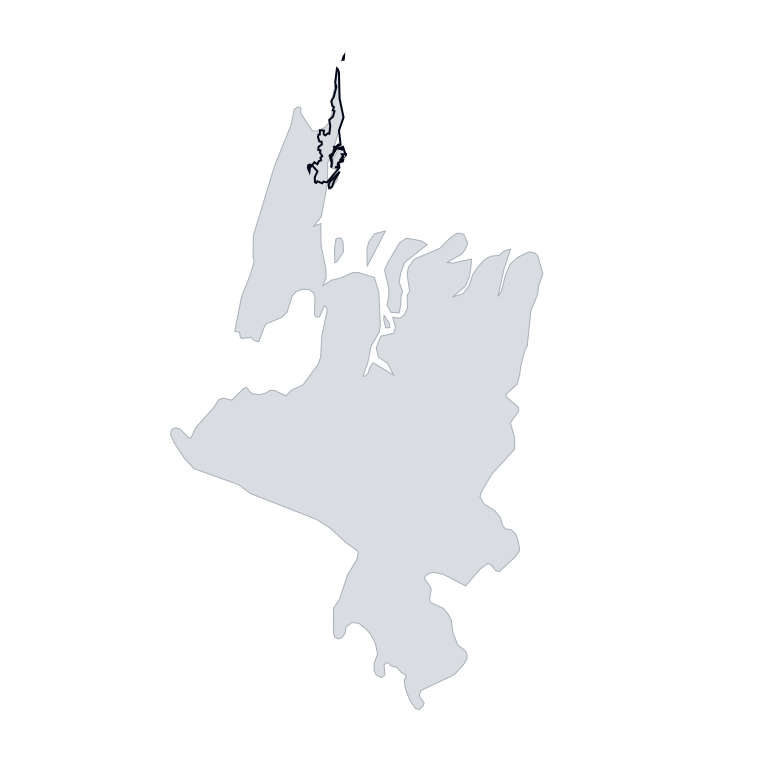 Cox's Bazar, Chittagong, Bangladesh (highlighted), rotated 203°
{"feature_id": "16705992B34517682786426", "entity_name": "Cox's Bazar", "entity_type": "district", "adm_level": 2, "iso_a3": "BGD", "parent_name": "Bangladesh", "parent_adm1": "Chittagong", "projection": "robinson", "projection_center": [92.099, 21.257], "detail": "medium", "context": "in_parent", "style": "outline", "palette": "ink", "viewbox_px": 768, "rotation_deg": 203, "n_neighbors": 0, "source": "geoboundaries", "source_scale": "gbopen_adm2", "svg_char_len": 5606}
<svg xmlns="http://www.w3.org/2000/svg" viewBox="0 0 768 768"><g transform="rotate(203 384 384)"><path d="M277.5,526.5L277.5,509.1L267.0,474.9L267.5,471.2L265.3,454.7L262.7,445.5L261.4,435.8L267.9,421.8L265.3,419.5L251.1,415.2L249.4,411.6L252.5,397.8L242.3,384.8L238.3,375.1L249.4,343.6L252.3,321.8L251.5,317.5L244.8,312.6L233.0,310.7L224.7,306.6L219.8,300.4L215.7,297.9L210.5,299.7L204.0,297.3L198.6,291.2L194.0,283.7L195.9,275.6L204.6,256.3L207.8,255.7L215.3,259.4L218.1,259.4L223.0,251.8L230.0,230.0L254.0,231.9L259.7,231.2L265.8,229.5L269.0,226.7L270.9,223.2L270.3,220.2L262.9,216.1L260.1,213.1L258.2,204.4L256.0,201.1L241.6,200.6L234.1,196.6L230.0,193.1L222.8,181.2L213.8,172.4L205.2,170.3L201.8,167.5L200.1,163.0L201.2,156.5L205.7,143.9L229.7,116.9L230.3,113.9L229.4,110.4L222.5,106.1L222.1,103.9L224.1,98.2L228.0,97.5L236.2,102.7L244.5,111.0L249.4,118.5L249.5,124.3L256.0,125.5L261.4,128.1L267.0,127.3L270.6,128.8L273.1,128.3L274.0,124.9L269.4,116.4L271.7,112.8L277.2,113.0L281.1,116.2L283.9,122.7L284.4,132.9L290.7,142.1L299.1,148.7L305.7,151.7L313.7,153.9L320.5,151.8L323.9,145.3L322.4,139.6L323.5,134.5L326.3,131.6L330.5,131.8L333.7,135.9L342.9,157.9L340.9,167.7L342.9,194.4L340.4,212.1L341.8,218.8L343.4,220.0L357.4,223.3L377.7,230.4L393.2,233.0L463.5,231.0L478.8,234.5L525.8,231.8L538.5,237.5L552.4,246.6L560.2,253.4L561.6,257.3L560.8,260.7L558.2,262.5L553.4,262.6L542.4,258.1L540.5,259.4L540.3,270.0L531.3,296.6L530.1,304.8L526.9,308.0L517.7,309.7L511.5,325.2L509.0,327.1L502.9,323.7L499.1,324.2L494.3,325.7L489.6,329.2L486.3,333.7L482.6,335.2L469.5,334.9L466.9,342.1L458.3,351.5L452.3,376.4L452.8,384.0L460.0,403.9L465.1,429.7L467.0,432.3L469.5,432.5L469.6,420.7L472.0,419.2L475.1,420.5L481.2,436.4L484.7,440.5L490.2,441.6L496.4,439.2L501.1,434.5L502.9,429.5L501.3,412.1L504.3,405.1L515.0,394.5L516.5,391.3L515.8,373.9L519.9,373.4L525.3,374.7L532.1,370.6L534.2,370.5L537.1,375.0L542.0,374.2L549.2,408.6L549.8,433.0L551.5,446.5L554.1,449.5L562.3,469.8L569.9,541.2L570.8,586.5L574.0,601.9L571.3,605.4L568.7,606.0L566.3,600.6L549.0,589.1L544.8,590.3L538.9,597.0L536.5,603.2L537.5,611.9L539.4,620.5L543.5,625.4L543.9,630.8L548.5,651.2L547.1,651.3L537.7,632.8L526.3,614.5L522.5,581.8L522.3,565.7L514.4,546.7L507.1,513.6L510.3,501.9L504.8,507.0L496.2,487.1L482.7,467.7L478.8,459.1L478.7,450.7L472.8,459.1L464.9,465.0L456.8,473.9L451.4,476.6L434.4,478.3L424.6,466.4L410.6,437.2L408.7,430.6L410.6,413.5L407.3,397.3L406.4,383.0L403.9,384.3L402.9,388.2L403.4,394.2L402.4,399.3L378.7,396.0L388.8,404.5L399.6,406.5L405.2,414.1L405.6,426.8L394.9,434.5L395.8,440.9L402.0,448.8L394.5,451.0L392.4,456.1L392.2,463.4L397.4,474.6L396.5,479.1L405.4,493.7L407.1,500.8L404.9,510.7L385.5,530.8L379.9,545.1L375.1,551.8L369.1,553.0L361.9,546.3L361.8,539.3L363.3,533.8L373.4,520.5L367.9,522.2L352.2,533.3L349.3,524.3L347.3,516.0L347.3,505.9L354.9,490.8L346.4,498.3L344.0,507.8L345.0,518.9L343.8,526.7L340.4,537.0L335.9,543.2L328.5,547.2L325.2,553.3L320.2,557.7L318.5,537.0L313.3,509.1L312.2,515.1L314.8,532.4L314.6,543.7L310.6,552.6L302.4,562.2L296.2,563.5L292.5,562.0L280.9,547.6L280.0,534.0L277.5,526.5ZM420.4,526.9L406.0,530.3L398.7,529.2L412.4,504.1L412.0,492.8L409.9,483.7L402.9,476.3L402.6,471.0L399.5,463.8L397.9,455.4L405.6,452.7L411.9,457.6L414.1,467.1L417.2,474.3L428.0,489.0L427.8,498.0L424.8,520.1L420.4,526.9ZM451.3,518.7L442.5,525.4L445.5,485.7L452.0,500.4L453.6,508.3L451.3,518.7ZM484.9,498.8L481.1,501.7L477.5,499.2L472.9,489.9L475.2,478.1L476.6,476.4L482.2,488.4L484.9,498.8ZM517.4,582.6L512.4,583.0L510.0,580.2L511.1,576.2L509.8,563.3L516.1,562.1L518.5,572.8L517.4,582.6ZM511.9,546.6L508.2,559.4L506.7,553.7L509.3,542.4L511.9,546.6ZM409.4,443.2L410.8,447.3L402.8,442.0L400.7,438.2L404.3,436.3L409.4,443.2Z" fill="#d9dde1" stroke="#a8b0b8" stroke-width="1"/><path d="M528.5,547.3L526.4,542.7L524.9,542.7L524.6,544.6L519.3,544.6L518.8,546.6L515.2,547.4L509.6,565.8L511.9,569.2L512.4,568.6L511.5,566.7L511.6,565.5L512.2,564.8L513.8,564.3L511.7,565.8L512.7,569.5L510.8,572.3L510.7,574.5L512.0,572.2L511.2,576.3L509.9,577.0L512.6,579.0L509.2,580.4L514.4,586.3L516.4,584.5L514.9,584.3L513.6,583.1L516.6,584.1L516.5,583.1L519.7,582.4L521.0,572.5L518.3,567.1L517.2,563.2L517.3,562.7L518.6,567.1L521.4,570.7L522.3,572.5L522.4,573.3L522.2,573.7L523.1,573.3L522.5,571.6L523.3,573.1L521.0,576.6L521.7,581.5L523.3,583.6L521.8,581.8L519.1,587.4L519.1,585.6L517.4,587.2L524.5,599.8L525.4,613.6L536.4,629.3L547.0,652.8L549.1,655.5L550.6,656.1L546.7,642.3L544.0,639.0L542.4,628.8L543.0,623.7L540.2,619.8L538.2,619.3L538.1,615.8L536.2,615.9L535.4,610.1L537.6,605.7L534.2,600.4L532.1,592.9L533.5,592.9L535.2,589.9L537.2,590.4L538.3,593.8L542.1,592.6L540.6,588.5L541.7,587.9L541.4,585.7L538.3,582.0L536.1,582.6L534.8,580.2L536.9,576.8L536.0,573.8L533.8,574.2L533.3,572.0L529.8,569.6L530.9,567.4L529.3,565.3L531.1,563.6L531.2,560.3L534.7,560.9L536.2,555.6L536.6,555.7L536.6,556.7L537.2,557.1L539.2,556.0L538.6,553.3L535.6,550.3L537.4,556.8L536.7,556.6L536.7,555.6L536.4,555.4L535.4,556.6L535.3,557.1L528.3,553.7L528.5,547.3ZM510.9,542.8L508.9,545.1L509.3,551.9L507.8,562.2L512.9,548.8L512.7,545.4L510.9,542.8ZM509.2,575.5L510.5,571.6L508.9,572.8L509.2,575.5ZM548.8,666.2L547.8,666.9L549.0,670.5L549.2,669.5L548.8,666.2ZM545.4,640.4L544.8,638.9L544.2,638.3L544.4,639.2L545.4,640.4ZM522.1,573.6L522.3,572.7L521.6,571.5L522.1,573.6ZM520.9,573.7L521.5,573.7L521.3,573.0L520.9,573.7ZM508.2,580.0L508.5,579.6L508.4,579.5L508.2,580.0ZM543.5,632.4L543.5,631.9L543.5,632.4ZM518.9,583.2L519.3,582.8L518.8,583.0L518.9,583.2ZM508.9,580.9L509.2,580.9L508.9,580.5L508.9,580.9Z" fill="none" stroke="#020617" stroke-width="2"/></g></svg>